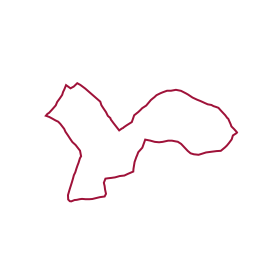 outline of Iguegben, Edo, Nigeria, rotated 57°
{"feature_id": "59680162B67610911656226", "entity_name": "Iguegben", "entity_type": "district", "adm_level": 2, "iso_a3": "NGA", "parent_name": "Nigeria", "parent_adm1": "Edo", "projection": "albers", "projection_center": [6.246, 6.513], "detail": "fine", "context": "isolated", "style": "outline", "palette": "rose", "viewbox_px": 256, "rotation_deg": 57, "n_neighbors": 0, "source": "geoboundaries", "source_scale": "gbopen_adm2", "svg_char_len": 1978}
<svg xmlns="http://www.w3.org/2000/svg" viewBox="0 0 256 256"><g transform="rotate(57 128 128)"><path d="M191.1,39.0L190.0,39.1L186.8,39.6L183.0,40.4L181.0,39.9L174.8,38.9L173.6,39.3L170.2,39.5L164.0,40.6L160.8,41.1L160.3,41.2L158.8,42.3L157.3,43.5L156.2,44.4L154.1,45.5L151.6,48.2L148.7,50.1L147.4,50.9L144.9,52.5L141.8,54.7L137.6,57.3L132.5,59.5L130.4,60.6L125.7,63.3L122.1,67.0L120.1,71.8L118.0,75.0L117.0,79.3L116.5,82.0L116.0,86.2L116.3,87.9L116.5,88.9L116.7,91.0L117.0,93.6L119.1,100.5L119.1,105.3L119.7,107.9L120.2,110.6L120.7,115.9L123.2,119.1L125.1,121.6L125.0,127.6L125.1,131.1L125.3,132.2L125.1,133.3L125.1,133.7L125.1,133.9L125.2,136.7L115.9,137.5L112.6,137.7L111.6,137.8L110.1,137.4L106.8,138.3L102.7,137.8L98.0,137.9L94.4,137.9L90.8,136.9L71.6,142.4L65.9,144.5L62.8,146.2L63.7,150.9L63.4,154.6L58.3,156.6L61.1,160.6L62.4,162.8L64.4,165.2L66.0,169.0L67.6,173.2L69.7,176.3L71.2,181.6L72.3,185.9L72.3,188.0L73.0,190.2L73.6,189.7L75.9,188.0L79.0,186.3L82.1,184.7L84.7,183.1L87.8,182.5L94.0,182.0L97.1,182.5L101.3,182.4L105.4,182.4L109.5,182.3L113.7,181.2L120.9,180.6L125.3,182.4L126.1,182.7L127.2,184.8L130.3,188.5L131.8,190.6L133.9,193.3L136.5,196.4L138.1,199.1L140.2,201.4L142.7,204.3L147.9,210.6L151.6,214.9L155.4,217.1L157.6,216.7L158.6,215.6L159.3,212.1L160.4,210.0L161.4,207.3L162.4,205.2L164.5,202.5L166.6,199.3L168.1,196.6L170.7,189.2L172.7,184.9L171.2,182.3L167.0,180.7L163.9,179.2L160.8,178.1L158.2,174.5L159.2,172.3L160.8,169.1L161.9,166.7L162.3,165.9L163.8,161.1L165.9,156.9L166.4,153.1L167.4,147.3L165.3,145.7L160.1,141.0L156.5,136.3L156.2,135.7L153.9,132.6L152.3,126.7L147.9,120.9L147.1,119.9L150.8,116.1L154.2,113.1L156.9,109.7L158.5,106.5L160.5,101.2L162.6,98.0L165.2,95.3L166.7,93.7L170.3,92.1L171.9,91.8L179.7,90.4L183.3,89.3L185.9,87.1L188.9,83.4L190.1,79.2L191.0,75.9L193.0,71.7L195.6,66.3L197.7,62.6L197.1,57.3L196.6,54.7L195.6,51.5L194.0,47.2L191.4,44.1L191.4,40.9L191.4,39.8L191.1,39.0Z" fill="none" stroke="#9f1239" stroke-width="2"/></g></svg>